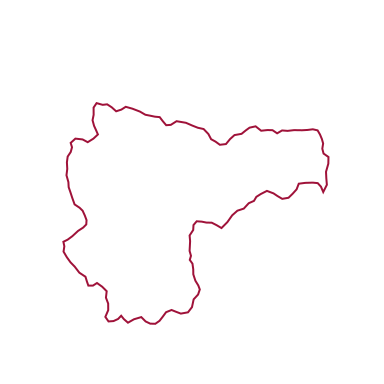 outline of Guidoval, Minas Gerais, Brazil, rotated 252°
{"feature_id": "56859067B97454970123686", "entity_name": "Guidoval", "entity_type": "district", "adm_level": 2, "iso_a3": "BRA", "parent_name": "Brazil", "parent_adm1": "Minas Gerais", "projection": "mercator", "projection_center": [-42.788, -21.182], "detail": "fine", "context": "isolated", "style": "outline", "palette": "rose", "viewbox_px": 384, "rotation_deg": 252, "n_neighbors": 0, "source": "geoboundaries", "source_scale": "gbopen_adm2", "svg_char_len": 2077}
<svg xmlns="http://www.w3.org/2000/svg" viewBox="0 0 384 384"><g transform="rotate(252 192 192)"><path d="M242.1,225.5L248.3,222.5L251.3,217.4L255.1,212.8L259.7,207.6L264.1,199.2L262.4,192.6L263.5,188.1L268.4,186.1L273.2,184.4L275.1,180.0L277.5,175.8L279.9,171.5L284.6,167.3L289.7,161.0L293.5,155.3L292.2,150.3L292.2,144.8L297.4,141.8L301.6,138.4L302.5,134.0L306.0,128.7L302.7,124.5L295.8,122.3L291.0,119.6L285.2,119.3L280.9,119.8L275.8,120.3L273.2,114.7L271.6,108.2L275.8,104.2L278.8,97.6L276.2,91.8L271.6,91.7L267.5,89.0L264.1,84.7L258.9,82.2L252.5,80.5L246.7,77.8L239.6,77.5L234.7,76.2L229.4,76.3L223.6,76.3L216.5,76.5L211.8,80.2L208.0,82.2L202.7,82.8L197.8,83.0L193.8,81.4L191.8,77.5L190.2,71.6L186.9,64.4L185.1,59.0L184.4,54.3L179.8,53.8L175.0,51.4L168.7,52.8L162.7,54.7L157.2,57.4L150.1,59.9L144.3,64.5L139.5,64.4L135.0,64.5L133.6,68.9L134.8,73.5L129.7,77.3L124.0,80.2L118.1,77.5L111.8,77.8L105.5,75.8L100.0,71.0L94.7,72.6L93.5,77.5L94.1,82.5L96.2,86.4L92.2,87.9L87.5,90.7L88.9,97.5L88.7,105.1L83.2,107.9L79.7,111.6L78.0,116.4L79.5,121.3L82.2,125.3L85.7,130.2L86.1,136.1L83.1,139.7L79.8,143.8L78.8,151.0L82.5,156.4L89.4,160.4L92.6,166.1L96.9,169.3L101.2,169.1L106.6,167.8L113.3,167.8L118.1,169.3L123.7,170.3L128.1,168.9L131.6,171.3L136.7,171.5L141.1,173.2L145.8,175.0L151.4,176.3L155.5,181.4L160.1,183.2L162.7,187.4L160.8,192.1L158.5,196.2L156.7,201.3L152.8,205.2L148.6,208.9L152.4,216.3L157.4,223.0L160.2,229.4L160.2,236.1L163.8,242.5L164.4,248.2L167.5,251.7L168.8,256.7L169.9,263.6L165.5,269.1L161.8,272.0L157.6,275.7L156.7,282.0L159.2,287.1L162.2,292.3L166.9,296.1L165.7,302.5L163.6,309.7L161.6,314.3L157.2,316.3L151.4,316.8L157.2,322.5L163.6,324.0L169.8,325.7L176.8,330.4L183.1,332.6L187.9,329.0L192.9,329.3L197.6,331.7L202.2,331.9L207.1,331.5L211.8,330.5L214.3,326.3L215.3,321.1L216.7,315.8L219.3,308.2L220.6,301.8L222.7,296.7L221.5,291.1L225.9,287.7L227.6,282.9L228.9,276.7L234.8,272.8L235.4,266.6L234.0,262.3L232.0,257.1L233.0,250.0L230.6,244.6L227.1,239.1L228.3,233.1L232.7,229.9L236.3,226.5L242.1,225.5Z" fill="none" stroke="#9f1239" stroke-width="2"/></g></svg>